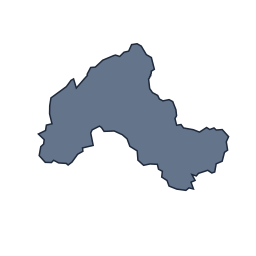 Morgan, Utah, United States of America (Equal Earth projection), rotated 72°
{"feature_id": "52423323B27267193198482", "entity_name": "Morgan", "entity_type": "district", "adm_level": 2, "iso_a3": "USA", "parent_name": "United States of America", "parent_adm1": "Utah", "projection": "equal_earth", "projection_center": [-111.563, 41.077], "detail": "fine", "context": "isolated", "style": "filled", "palette": "slate", "viewbox_px": 256, "rotation_deg": 72, "n_neighbors": 0, "source": "geoboundaries", "source_scale": "gbopen_adm2", "svg_char_len": 1454}
<svg xmlns="http://www.w3.org/2000/svg" viewBox="0 0 256 256"><g transform="rotate(72 128 128)"><path d="M195.9,106.9L201.2,100.5L205.2,92.2L203.8,88.5L206.2,84.6L199.0,84.8L198.6,80.4L192.0,81.6L194.7,77.9L192.9,75.0L192.9,65.2L196.7,62.2L196.6,59.1L189.3,55.2L188.7,48.7L181.0,43.8L179.8,40.1L171.5,38.8L167.3,35.0L158.6,38.9L157.2,44.7L154.5,46.2L154.7,50.7L151.8,53.1L154.0,61.3L149.8,66.4L145.1,75.2L141.1,76.5L140.4,80.9L133.5,80.4L131.3,78.0L125.5,76.8L116.7,77.3L113.7,80.2L113.0,86.4L110.1,89.2L106.2,89.7L101.9,93.8L97.2,95.2L87.8,93.3L87.6,92.8L87.3,92.7L86.9,92.0L86.1,91.4L85.7,91.4L85.3,90.2L84.8,90.3L84.2,90.1L84.1,89.7L83.1,89.0L82.5,88.8L81.9,88.5L81.2,88.3L80.3,84.8L68.2,84.0L63.9,87.9L54.2,90.1L50.7,93.3L49.8,98.8L55.1,103.6L54.7,108.4L57.4,113.8L54.8,117.3L54.7,119.0L55.7,131.1L60.0,140.3L58.9,144.8L64.2,150.2L65.5,150.4L67.7,154.3L74.0,164.8L64.5,164.6L65.1,167.5L69.6,173.8L75.6,192.0L82.7,195.6L90.3,198.2L100.5,199.0L100.0,204.7L104.9,207.2L106.0,215.1L113.2,211.3L117.2,213.2L118.8,216.7L126.8,221.0L135.1,217.3L137.2,211.5L135.7,208.7L139.8,204.7L142.6,197.7L144.7,196.4L143.1,191.8L137.4,184.0L136.2,178.1L132.9,177.4L133.8,166.5L121.2,165.0L118.7,162.7L117.4,154.6L119.3,153.1L123.8,151.8L126.6,142.0L132.6,135.5L138.0,132.2L146.0,131.9L152.6,126.3L161.6,128.5L168.3,124.7L169.0,118.2L171.6,111.3L176.6,111.7L179.8,108.7L185.1,111.1L190.0,107.1L195.9,106.9Z" fill="#64748b" stroke="#1e293b" stroke-width="1.5"/></g></svg>